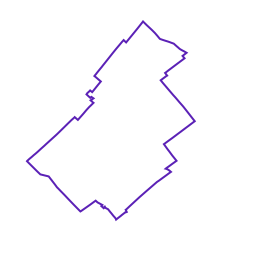 outline of Diosti, Dolj, Romania, rotated 217°
{"feature_id": "2599482B74391152424394", "entity_name": "Diosti", "entity_type": "district", "adm_level": 2, "iso_a3": "ROU", "parent_name": "Romania", "parent_adm1": "Dolj", "projection": "albers", "projection_center": [24.185, 44.122], "detail": "fine", "context": "isolated", "style": "outline", "palette": "violet", "viewbox_px": 256, "rotation_deg": 217, "n_neighbors": 0, "source": "geoboundaries", "source_scale": "gbopen_adm2", "svg_char_len": 2622}
<svg xmlns="http://www.w3.org/2000/svg" viewBox="0 0 256 256"><g transform="rotate(217 128 128)"><path d="M186.1,149.8L186.1,149.5L186.1,149.3L185.7,149.3L183.8,149.2L182.3,149.1L180.8,149.0L177.7,148.8L177.9,144.5L178.1,138.0L178.2,135.1L180.8,135.2L180.8,134.9L180.9,134.5L181.2,132.8L181.5,131.2L181.4,130.4L181.4,129.9L177.7,129.5L176.3,129.4L176.0,130.8L173.4,130.9L174.0,129.0L174.5,127.6L171.1,127.3L170.7,127.3L171.3,123.3L171.6,121.6L171.8,119.6L172.0,117.4L172.1,115.7L172.2,113.7L172.3,112.1L172.9,104.3L177.1,104.6L177.1,104.4L177.9,100.5L178.8,94.7L179.6,89.3L181.0,80.1L183.7,65.9L184.1,63.6L185.0,59.1L185.8,54.7L186.4,51.8L186.9,49.8L187.5,46.8L188.1,44.3L188.5,42.2L188.6,41.5L188.7,41.1L188.7,40.7L187.3,40.5L176.5,39.0L175.1,38.8L170.1,38.2L162.2,41.6L152.3,38.9L149.0,37.9L147.4,37.7L143.7,37.1L137.8,36.2L132.6,35.3L125.2,34.1L115.8,32.7L115.5,33.4L112.1,43.9L111.2,46.9L110.1,50.5L108.0,50.3L107.3,50.3L107.1,50.3L106.0,50.5L105.2,50.6L102.2,51.1L102.3,49.6L99.8,49.4L99.1,49.3L99.0,49.6L99.0,49.8L99.1,50.5L99.4,51.2L99.3,51.3L98.9,51.0L98.4,50.8L98.0,50.8L97.3,50.7L96.8,50.8L96.2,50.9L95.4,51.1L95.1,51.1L94.6,51.0L93.8,50.8L91.5,50.2L90.1,49.9L87.8,49.3L86.6,49.0L85.0,48.7L84.5,48.6L84.2,48.5L83.5,48.3L83.0,48.1L82.7,47.9L82.4,47.7L82.1,48.9L82.0,49.3L80.8,53.7L80.7,54.3L79.8,57.6L79.5,58.9L79.3,59.3L79.2,59.6L78.9,59.5L78.7,59.9L78.5,60.2L78.7,60.3L80.6,61.3L80.4,61.8L79.6,66.5L79.4,67.6L77.2,79.7L75.6,87.4L72.5,101.8L72.4,102.3L71.7,104.3L70.3,108.9L68.6,114.5L68.1,116.2L67.5,118.2L67.3,118.8L68.8,118.9L69.9,118.9L70.6,118.9L71.6,118.7L72.7,118.5L73.4,118.2L73.2,119.1L72.2,122.2L71.1,125.9L69.5,131.0L76.2,132.7L81.2,134.2L83.1,134.7L89.6,136.7L87.9,142.4L86.6,146.6L78.8,173.6L83.0,174.7L91.2,176.9L96.5,178.3L98.3,178.7L102.3,179.5L105.8,180.3L108.5,180.9L111.7,181.5L119.8,183.3L127.4,185.0L130.6,185.8L129.8,188.6L128.5,193.0L128.3,193.4L129.7,193.8L131.5,194.3L131.0,196.0L130.4,198.3L127.4,208.7L124.8,217.7L127.8,218.4L127.1,221.1L126.5,223.3L127.5,223.2L129.9,222.9L130.8,222.7L133.1,222.4L134.2,222.3L135.9,222.4L136.5,222.5L137.2,222.5L141.0,222.8L141.8,222.9L142.3,222.9L142.9,222.7L144.2,222.3L145.5,221.9L146.3,221.7L148.4,221.0L150.6,220.2L153.5,219.2L155.1,218.7L155.9,218.4L156.8,218.5L160.1,219.3L163.9,220.1L168.2,220.7L172.0,221.1L174.9,221.4L180.1,222.1L180.1,221.8L180.2,216.9L180.3,213.0L181.0,195.2L184.4,195.6L184.5,194.2L184.6,193.4L184.8,189.3L185.1,183.9L185.2,181.0L185.3,178.0L185.4,173.8L185.6,165.9L185.7,162.6L185.7,160.9L185.8,159.1L185.9,156.6L186.0,152.9L186.0,151.7L186.1,150.0L186.1,149.8Z" fill="none" stroke="#5b21b6" stroke-width="2"/></g></svg>